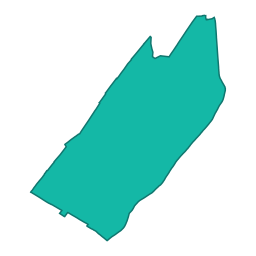 the district of Voorschoten, Zuid-Holland, Netherlands
{"feature_id": "6326949B4576326162856", "entity_name": "Voorschoten", "entity_type": "district", "adm_level": 2, "iso_a3": "NLD", "parent_name": "Netherlands", "parent_adm1": "Zuid-Holland", "projection": "albers", "projection_center": [4.439, 52.126], "detail": "fine", "context": "isolated", "style": "filled", "palette": "teal", "viewbox_px": 256, "rotation_deg": 0, "n_neighbors": 0, "source": "geoboundaries", "source_scale": "gbopen_adm2", "svg_char_len": 5535}
<svg xmlns="http://www.w3.org/2000/svg" viewBox="0 0 256 256"><path d="M150.2,36.5L146.6,40.7L145.2,42.4L143.9,43.8L144.0,43.9L135.6,54.1L131.2,59.3L131.3,59.8L128.3,63.2L127.7,63.9L125.0,67.8L124.0,69.3L122.6,71.1L120.8,73.5L119.5,75.4L118.4,76.9L116.9,78.8L116.5,78.4L111.4,85.1L110.9,85.7L108.2,89.4L105.7,92.8L105.4,93.0L105.4,93.3L105.6,93.7L105.6,93.8L105.6,94.0L101.8,99.3L99.7,102.2L99.2,102.7L99.5,103.0L99.7,103.4L99.6,103.6L97.3,107.2L96.1,109.1L94.5,111.3L93.6,112.8L92.9,113.8L88.6,120.4L84.2,126.9L81.5,130.9L79.7,133.8L78.5,134.2L78.2,134.4L77.9,134.7L77.4,135.1L77.0,135.3L75.9,136.2L75.2,136.6L72.6,138.5L71.3,139.4L68.1,142.0L64.9,144.4L65.1,144.9L65.4,145.3L65.6,145.7L66.1,146.4L66.2,146.7L66.2,146.8L63.0,151.0L60.1,154.8L56.1,159.4L54.0,161.9L54.0,162.1L54.1,162.3L53.6,162.9L52.9,163.7L51.7,165.2L48.9,168.8L47.6,170.5L47.4,170.6L47.2,170.5L46.9,170.6L46.4,171.3L45.7,172.3L45.2,173.1L45.0,173.4L44.8,173.5L44.7,173.7L44.5,173.9L44.4,174.1L44.3,174.3L44.2,174.7L43.9,175.2L43.3,175.9L42.4,177.2L41.5,178.3L39.1,181.1L38.5,181.9L37.7,182.8L36.5,184.3L35.1,186.3L34.2,187.4L33.5,188.4L32.9,189.4L32.6,189.8L32.0,190.6L31.5,191.0L31.2,191.4L30.9,191.9L30.7,192.2L30.8,192.3L31.0,192.4L31.3,192.4L31.5,192.5L32.9,193.4L34.6,194.4L40.0,197.7L44.0,200.3L46.2,201.7L48.6,203.1L49.0,203.3L49.4,203.5L49.8,203.6L50.2,203.9L50.4,204.0L50.5,204.0L50.8,204.2L51.3,204.5L51.6,204.4L54.6,206.2L61.8,210.4L61.6,210.7L61.6,210.8L61.5,211.1L61.3,211.3L60.8,211.9L60.1,212.8L59.8,213.1L59.6,213.4L64.4,216.6L64.7,216.6L65.7,215.2L66.3,214.4L67.6,212.6L67.8,212.5L70.6,214.1L72.4,215.2L74.7,216.5L76.4,217.5L77.1,217.9L77.9,218.4L78.3,218.7L79.9,219.7L80.3,219.9L81.0,220.3L82.0,220.9L83.2,221.6L84.4,222.3L86.3,223.3L87.2,223.8L88.1,224.4L87.8,224.8L86.9,225.9L86.9,226.0L87.2,226.3L88.7,227.2L89.6,227.7L90.5,228.3L91.6,228.9L92.7,229.3L94.0,230.2L95.3,230.8L95.9,231.2L97.3,232.5L98.3,233.5L99.2,234.2L99.8,234.6L100.2,234.9L101.0,235.6L102.3,236.7L104.1,238.1L106.1,239.8L107.1,240.6L107.4,240.4L108.3,239.7L109.4,238.7L112.0,236.6L112.4,236.4L114.4,235.1L115.6,234.3L116.5,233.6L119.1,231.7L120.5,230.8L121.2,230.2L122.6,228.8L123.3,228.1L124.0,227.2L124.6,226.3L125.8,223.9L126.3,222.6L127.0,221.0L127.6,219.1L128.4,216.6L129.1,213.8L129.2,213.6L129.5,213.0L130.1,212.4L131.0,211.5L131.3,211.1L131.8,210.6L132.3,210.0L132.5,209.6L132.9,209.0L133.2,208.5L134.2,206.6L134.5,205.9L134.9,205.5L135.3,205.0L135.9,204.3L136.5,203.7L136.9,203.3L137.2,202.9L138.4,201.6L138.8,201.3L139.6,200.6L139.9,200.4L140.5,200.0L143.2,198.4L144.2,197.8L145.4,197.0L146.0,196.6L146.9,196.0L149.3,194.4L150.3,193.8L151.3,193.2L152.1,192.7L152.3,192.5L152.6,192.2L153.3,191.6L154.0,190.9L154.8,190.0L156.6,188.2L157.6,187.4L158.7,186.2L159.5,185.6L160.1,185.2L160.5,184.9L160.9,184.5L161.2,184.1L161.7,183.6L162.1,183.1L162.5,182.6L163.1,181.8L163.4,181.2L163.7,180.9L164.0,180.4L164.2,180.1L164.6,179.5L165.3,178.1L166.5,176.2L167.5,174.8L168.4,173.4L168.5,173.3L168.8,172.8L169.0,172.5L169.3,171.9L169.6,171.3L170.0,170.8L170.1,170.6L170.9,169.4L171.4,168.6L171.5,168.4L171.7,168.2L171.8,168.0L171.9,167.9L172.4,167.3L172.7,166.9L173.4,165.9L174.0,165.0L175.0,163.4L175.2,163.0L175.3,162.9L175.5,162.5L175.9,161.9L176.3,161.4L176.5,161.1L177.2,160.2L177.6,159.7L177.8,159.5L178.2,159.1L178.5,158.7L179.9,157.0L180.2,156.7L180.7,156.1L181.4,155.3L181.9,154.8L182.1,154.6L182.4,154.3L182.5,154.2L182.7,153.8L182.9,153.7L183.1,153.5L183.3,153.3L183.9,152.7L184.3,152.3L185.0,151.6L185.8,150.7L187.0,149.2L187.7,148.6L187.9,148.3L189.2,146.6L190.1,145.5L190.3,145.1L190.8,144.5L192.4,142.6L192.7,142.2L192.9,142.0L193.5,141.4L195.0,139.8L195.1,139.7L196.6,137.9L196.9,137.7L198.8,135.6L199.3,135.1L200.2,134.1L200.4,133.7L202.0,131.9L203.3,130.2L204.7,128.8L206.7,126.5L207.6,125.4L208.7,124.1L209.5,123.0L210.6,121.7L211.4,120.7L211.7,120.2L212.2,119.6L212.6,118.8L212.8,118.4L213.3,117.3L213.9,116.0L214.7,114.3L215.2,113.2L215.8,112.3L216.2,111.6L216.6,110.8L217.4,109.5L217.9,108.4L218.8,106.6L219.6,105.2L220.3,104.2L221.1,103.1L221.6,102.4L222.3,101.2L222.7,100.4L222.9,99.8L223.1,99.4L223.3,98.8L223.5,98.0L223.9,96.6L224.2,95.3L224.2,95.0L224.3,94.6L224.6,93.4L224.7,92.9L224.9,92.1L225.1,91.3L225.2,90.7L225.3,90.4L225.3,90.1L225.3,89.6L225.3,89.3L225.3,89.1L225.3,88.4L225.2,88.3L225.0,87.3L224.9,87.0L224.9,86.8L224.7,86.6L224.6,86.4L224.3,85.8L223.4,84.2L222.2,82.2L221.2,80.2L220.6,79.2L220.1,78.3L220.0,77.9L219.8,77.4L219.6,77.1L219.6,76.8L219.5,76.4L219.4,76.2L219.3,75.8L219.3,75.6L219.2,75.3L219.2,74.9L219.0,73.7L219.0,73.4L219.0,73.1L218.9,71.7L218.8,71.0L218.7,69.2L218.6,68.3L218.6,67.3L218.4,64.6L217.8,57.1L217.1,46.9L216.5,38.6L216.4,37.3L216.4,36.6L216.2,33.5L216.0,30.4L215.7,26.8L215.5,23.7L215.5,23.2L215.4,22.7L215.3,22.0L215.3,21.8L215.3,21.5L215.2,21.3L215.2,21.1L215.2,20.9L215.1,20.4L215.0,20.2L214.9,19.7L214.8,19.3L214.8,19.1L214.7,18.9L214.6,18.4L214.4,18.0L214.3,17.7L214.2,17.4L213.5,17.8L213.1,18.1L212.1,18.7L212.0,18.8L211.9,18.8L211.3,18.9L209.7,19.2L207.2,19.7L207.2,19.4L206.3,19.6L206.1,19.0L205.8,18.1L205.7,17.6L205.7,15.8L205.4,15.9L205.1,15.6L204.8,15.4L204.3,15.4L203.6,15.5L203.0,15.6L202.3,15.7L202.0,16.0L201.9,16.1L198.5,16.2L196.7,16.2L195.7,17.5L192.3,22.1L189.8,25.8L189.3,26.5L188.8,27.3L186.4,30.8L183.9,34.6L183.1,35.8L179.6,41.0L177.9,43.6L177.4,44.5L176.3,46.1L173.5,50.3L170.6,54.4L170.4,54.8L170.2,55.1L169.1,56.8L160.4,55.8L155.0,58.5L153.3,57.3L152.5,56.6L152.9,52.2L151.9,48.9L151.2,45.7L150.8,43.5L151.1,37.3L150.2,36.5Z" fill="#14b8a6" stroke="#0f766e" stroke-width="1.5"/></svg>